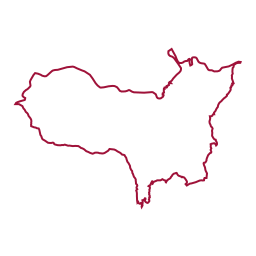 outline of Toplet, Caras-Severin, Romania
{"feature_id": "2599482B38762521341825", "entity_name": "Toplet", "entity_type": "district", "adm_level": 2, "iso_a3": "ROU", "parent_name": "Romania", "parent_adm1": "Caras-Severin", "projection": "albers", "projection_center": [22.349, 44.793], "detail": "fine", "context": "isolated", "style": "outline", "palette": "rose", "viewbox_px": 256, "rotation_deg": 0, "n_neighbors": 0, "source": "geoboundaries", "source_scale": "gbopen_adm2", "svg_char_len": 5806}
<svg xmlns="http://www.w3.org/2000/svg" viewBox="0 0 256 256"><path d="M216.1,145.4L216.9,144.6L217.0,143.1L216.3,141.4L215.9,140.8L215.7,139.7L214.6,139.4L213.9,138.8L213.1,137.6L212.1,135.8L212.2,133.9L212.3,132.9L212.0,130.8L212.6,128.5L212.0,127.3L211.4,126.9L210.8,126.0L210.5,124.8L209.7,123.3L209.5,122.0L209.5,121.1L209.8,120.4L209.9,119.8L210.2,118.5L210.0,117.6L210.1,117.0L209.9,116.3L211.6,116.2L212.5,115.5L212.7,114.8L213.2,114.2L213.6,114.1L214.2,114.2L214.0,112.7L214.3,112.3L215.5,110.9L216.2,109.3L217.1,107.8L217.7,107.2L218.2,105.0L219.1,103.2L220.0,102.2L221.4,101.1L222.4,99.9L224.1,98.2L225.4,97.3L227.0,95.7L226.9,94.6L228.0,93.9L230.3,90.6L230.6,89.9L230.7,89.2L230.5,88.6L230.4,87.6L230.9,87.0L231.2,87.1L231.5,86.2L231.8,85.8L231.6,85.8L231.5,85.5L232.4,85.3L232.8,84.3L232.2,83.9L232.1,83.6L232.3,83.4L232.5,83.1L233.5,83.1L231.9,78.5L232.0,76.5L231.8,75.5L232.7,73.6L232.4,71.9L232.5,69.5L232.7,68.0L233.4,67.2L233.6,66.7L233.7,66.0L233.6,65.4L234.0,64.9L236.4,63.2L238.5,62.8L238.8,62.9L240.3,62.8L240.6,62.0L238.5,61.7L235.7,62.8L233.1,64.3L228.8,66.4L222.2,67.7L221.0,68.9L220.0,70.3L219.0,70.9L217.5,71.3L214.2,71.4L211.9,70.3L209.2,70.2L208.1,69.5L205.8,65.5L204.7,63.9L204.0,63.6L201.1,63.2L199.5,62.6L198.4,61.6L196.7,58.3L195.9,57.6L195.3,57.4L194.1,57.3L193.0,57.4L192.4,57.6L192.0,58.1L191.8,60.7L192.2,64.2L191.7,64.8L191.0,65.2L190.3,65.5L189.7,63.4L189.4,61.5L189.6,60.4L190.0,59.3L189.4,58.9L188.6,59.2L187.3,60.9L185.4,61.1L184.1,61.6L183.1,62.4L181.6,63.0L179.5,63.0L178.0,61.8L176.6,59.0L175.6,56.3L171.6,49.0L168.4,51.2L168.3,53.2L168.7,54.6L169.3,55.3L170.0,55.9L172.5,56.8L174.1,58.2L178.3,64.0L181.0,68.1L181.0,69.1L180.7,70.7L179.4,72.4L176.7,74.7L173.2,78.5L172.2,80.0L171.5,80.9L169.9,81.9L171.0,83.2L170.7,83.2L169.4,82.3L168.9,82.9L169.2,83.8L168.7,84.4L168.9,85.1L167.6,85.9L167.5,85.7L166.7,86.0L166.9,87.0L166.2,87.1L166.2,87.3L166.0,87.2L165.4,87.3L164.5,87.6L164.7,88.8L163.9,88.9L163.8,90.6L164.0,92.4L163.6,92.4L163.5,92.8L162.8,93.3L163.1,94.1L162.6,94.3L162.6,94.6L163.0,94.6L163.5,94.9L163.6,95.4L162.9,96.8L160.8,98.3L159.8,98.5L158.5,98.4L157.7,98.1L156.9,97.3L155.8,94.3L153.1,92.4L152.1,92.1L144.1,92.7L133.9,92.3L132.1,91.7L129.6,90.2L128.8,90.1L127.0,90.9L125.1,91.4L121.5,91.5L119.8,90.8L118.5,89.0L117.0,87.2L114.7,86.1L113.9,86.0L112.6,85.9L108.6,86.3L103.9,87.3L100.8,87.6L100.0,87.4L97.6,85.5L95.6,83.2L92.6,78.5L89.9,74.8L84.5,71.3L82.2,70.5L76.9,68.3L74.3,67.0L72.8,66.6L67.1,67.2L57.8,69.8L54.9,70.0L52.9,70.5L51.8,71.2L47.3,75.3L46.0,76.2L44.5,76.3L42.2,75.7L40.8,74.8L38.0,73.7L35.1,73.1L33.5,75.0L30.6,80.0L29.9,81.8L30.5,85.5L30.2,86.5L27.6,89.1L25.9,90.1L23.9,91.9L22.7,94.1L22.5,95.7L22.7,96.1L23.7,97.2L25.2,98.0L25.1,99.0L24.7,100.0L20.3,101.2L17.7,102.1L16.2,102.8L15.4,104.1L18.9,104.1L22.4,106.1L23.5,108.5L24.6,109.6L25.8,111.9L27.1,113.0L27.7,113.7L28.1,114.5L28.5,115.8L30.3,118.1L31.1,119.5L31.4,121.1L31.2,122.6L31.3,123.6L31.0,124.9L31.2,125.4L31.2,126.2L32.6,126.7L34.0,127.3L35.8,127.6L36.8,128.2L38.7,128.5L39.3,129.8L40.4,134.9L41.4,136.3L41.7,137.5L42.3,138.9L42.8,139.4L45.2,140.8L47.9,142.7L49.1,142.9L51.2,143.0L52.3,142.7L53.1,142.7L53.6,142.9L54.3,144.1L55.0,144.5L57.8,145.2L60.7,145.3L61.9,145.0L63.4,145.1L64.5,144.7L65.0,144.7L68.1,145.7L69.5,145.6L72.8,146.1L75.3,145.9L78.4,146.1L79.8,147.0L80.9,147.9L82.5,148.4L84.1,149.3L86.3,151.2L88.4,152.0L90.1,152.9L92.5,153.7L93.6,153.4L94.6,152.8L96.0,152.6L98.1,152.7L99.5,153.2L101.1,153.3L102.1,153.5L103.7,153.3L104.9,152.8L108.2,150.7L109.5,149.0L114.1,149.5L115.6,150.1L117.5,151.4L120.0,152.7L120.8,153.3L122.1,154.6L123.5,154.8L124.5,155.1L125.0,156.1L126.2,157.8L126.7,159.8L127.0,160.4L127.3,161.6L128.5,163.1L129.8,165.5L130.0,166.0L130.2,167.8L131.1,169.8L132.1,171.0L132.4,173.1L132.9,173.8L133.9,176.7L135.3,178.5L135.8,179.8L135.7,180.8L135.9,181.7L136.0,183.7L137.0,184.7L137.3,185.8L136.7,186.9L136.5,187.6L136.6,188.2L137.3,189.2L136.2,190.4L136.3,190.9L136.7,191.8L136.9,193.5L136.9,196.0L137.1,200.5L137.4,202.4L137.9,201.7L138.1,201.6L138.2,201.8L138.3,202.9L138.4,203.1L139.7,203.7L140.8,203.0L141.1,202.9L141.4,203.0L141.4,204.2L141.9,205.1L142.0,205.5L141.6,206.7L141.7,207.0L142.5,205.5L142.4,204.2L142.6,203.3L142.7,201.3L142.4,200.5L142.4,200.2L143.4,200.1L144.7,198.9L144.9,198.3L145.2,198.3L145.4,198.4L145.5,199.1L144.8,200.6L145.0,201.1L145.7,202.0L146.8,202.7L147.7,202.9L148.6,202.1L149.3,201.2L149.3,200.4L148.9,199.5L149.2,199.1L149.2,197.7L149.8,197.3L149.9,197.1L149.5,196.4L149.5,196.2L149.7,195.7L149.6,195.3L149.1,194.4L149.1,194.1L149.3,193.4L149.0,192.7L149.5,191.4L149.5,190.5L149.3,189.8L149.8,188.8L149.9,187.1L149.5,186.6L148.6,186.1L149.2,185.6L150.4,185.0L150.8,183.7L151.8,181.8L152.1,181.3L152.4,181.3L152.6,181.6L152.2,183.6L152.3,183.8L152.5,183.9L153.4,182.2L154.3,181.6L156.6,180.7L157.2,180.3L160.5,180.3L161.7,179.7L162.3,179.2L164.6,180.4L166.0,180.6L166.1,180.9L165.7,181.9L165.8,182.3L166.0,182.4L166.3,181.7L166.8,180.9L168.3,179.4L169.5,178.8L170.4,178.1L171.1,176.8L172.0,175.8L172.5,174.8L173.2,174.2L174.0,173.6L175.4,173.3L175.9,173.0L176.5,172.9L176.8,173.1L177.1,173.9L177.9,175.1L178.6,175.7L180.8,176.5L182.0,177.3L182.3,177.2L182.4,176.9L184.0,177.4L184.9,178.3L186.3,180.4L186.8,181.3L187.0,182.0L186.9,182.5L186.6,183.2L185.6,184.1L186.8,185.5L189.7,183.7L191.5,183.4L195.7,182.2L199.8,180.5L201.6,180.3L202.9,180.5L204.0,180.3L204.1,179.0L204.5,178.6L204.6,178.0L206.5,178.0L207.0,173.4L205.7,170.8L205.4,169.9L205.0,167.4L204.1,165.4L203.6,163.6L203.7,163.0L204.0,162.7L205.1,162.6L205.4,162.4L206.2,161.1L206.5,160.4L206.5,159.6L206.8,158.4L208.1,155.2L210.0,153.1L210.8,152.9L211.2,152.5L211.3,151.7L210.6,149.9L211.3,148.3L210.7,147.1L210.7,146.7L210.8,145.6L210.6,144.2L211.4,143.8L214.2,143.2L215.6,144.2L216.1,145.4Z" fill="none" stroke="#9f1239" stroke-width="2"/></svg>